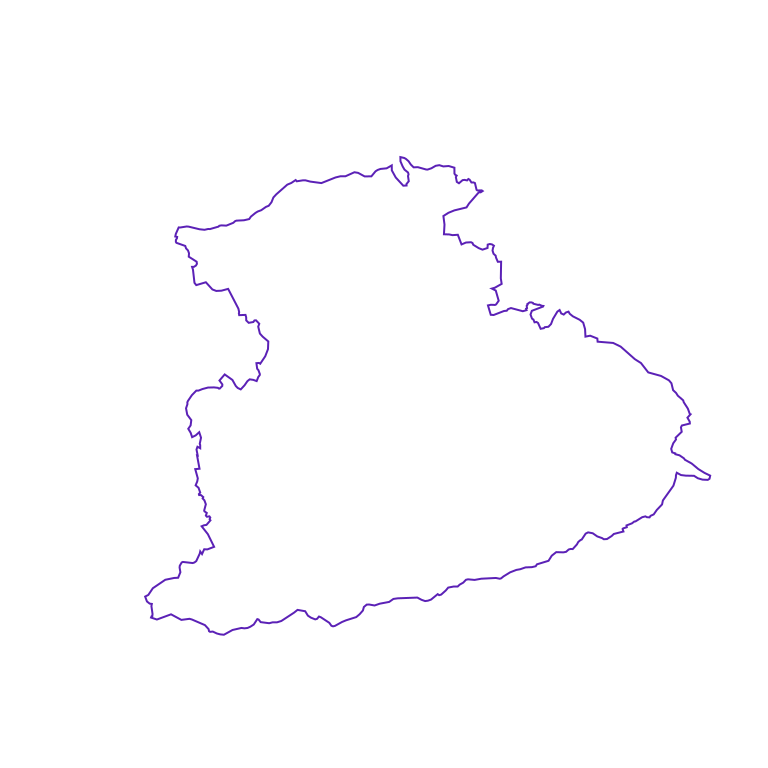 the district of Rebra, Bistrita-Nasaud, Romania, rotated 254°
{"feature_id": "2599482B64349342212864", "entity_name": "Rebra", "entity_type": "district", "adm_level": 2, "iso_a3": "ROU", "parent_name": "Romania", "parent_adm1": "Bistrita-Nasaud", "projection": "robinson", "projection_center": [24.525, 47.344], "detail": "fine", "context": "isolated", "style": "outline", "palette": "violet", "viewbox_px": 768, "rotation_deg": 254, "n_neighbors": 0, "source": "geoboundaries", "source_scale": "gbopen_adm2", "svg_char_len": 6145}
<svg xmlns="http://www.w3.org/2000/svg" viewBox="0 0 768 768"><g transform="rotate(254 384 384)"><path d="M583.3,224.0L582.4,225.7L581.1,225.1L579.9,223.7L578.0,223.1L576.9,223.4L571.5,231.0L568.9,231.1L566.4,232.4L563.4,232.6L560.2,231.4L553.2,237.6L551.1,237.3L549.7,235.9L549.0,233.5L549.5,231.8L546.6,231.9L533.5,229.7L530.8,230.8L530.9,240.8L522.2,245.1L519.7,248.4L518.5,253.5L518.4,260.4L496.6,264.8L492.9,264.6L492.1,264.0L490.1,263.8L488.6,269.9L486.1,269.9L483.1,269.1L480.1,270.8L479.6,275.5L480.8,277.0L480.5,278.5L476.3,280.7L473.8,278.9L466.7,278.6L463.0,280.4L456.8,284.5L449.5,282.1L443.4,277.5L437.6,270.6L438.7,269.7L439.2,267.1L433.6,266.3L431.9,267.1L427.7,267.4L426.8,267.0L425.4,265.1L421.9,262.4L424.0,259.5L425.5,256.2L424.4,253.5L421.2,249.6L418.3,244.8L420.5,242.3L422.9,241.0L429.7,239.4L437.1,233.5L432.7,226.8L428.2,228.5L426.7,228.0L424.9,224.8L425.2,223.9L426.1,223.3L427.6,219.6L429.1,213.8L429.2,208.1L428.8,203.9L429.4,201.8L426.2,196.2L421.7,190.8L420.6,189.9L418.8,189.5L415.2,187.0L408.7,186.4L402.4,188.8L397.5,186.7L394.9,183.5L390.4,184.7L385.8,184.9L386.5,188.8L388.6,193.1L382.8,193.3L377.3,190.4L376.0,190.5L372.9,189.6L375.1,187.4L372.7,185.7L366.6,185.2L366.9,184.6L353.4,183.3L354.2,179.1L344.6,179.0L341.8,177.6L338.5,175.0L335.4,177.1L330.3,177.4L329.2,175.7L328.2,175.7L327.7,177.4L325.1,179.1L324.0,178.1L321.7,179.3L317.5,179.6L312.0,176.3L311.1,176.3L308.9,178.1L306.6,176.5L305.2,177.2L304.9,179.7L303.5,180.2L302.1,179.1L300.8,179.6L297.5,174.5L297.8,172.0L297.5,169.5L288.2,173.3L274.3,175.8L273.7,168.6L274.7,165.6L270.7,162.2L273.7,161.2L271.7,160.1L265.5,154.7L264.7,152.6L264.6,150.8L268.4,141.6L268.2,140.3L265.6,137.6L263.9,136.9L259.2,136.4L254.5,132.7L255.4,128.8L256.1,119.8L251.4,105.5L246.2,99.3L245.5,95.8L240.3,96.2L237.5,98.2L236.6,100.2L234.6,99.2L226.7,98.1L224.7,97.3L224.8,96.6L223.7,95.7L220.2,100.8L221.3,115.8L213.1,124.2L211.9,132.3L210.6,134.4L201.6,145.4L196.8,147.8L194.6,147.7L193.7,148.5L193.2,151.2L190.3,154.5L188.5,157.5L187.1,161.0L189.3,170.6L188.8,179.7L187.6,182.5L187.1,185.6L187.5,188.5L188.7,192.5L192.9,197.4L192.2,198.5L189.1,199.8L185.7,207.7L185.6,211.2L184.4,215.4L184.5,220.0L189.0,234.5L190.7,238.6L187.3,245.6L182.3,247.0L179.5,249.4L176.7,253.0L176.7,254.9L178.4,257.4L177.2,259.0L169.5,265.6L166.1,266.8L165.1,268.2L165.0,270.2L166.8,278.0L167.3,282.4L167.6,293.1L169.4,297.1L172.1,301.3L175.2,303.2L176.7,306.6L176.1,309.0L173.7,313.9L174.0,319.3L173.1,328.9L174.8,333.8L174.2,338.1L169.5,357.2L166.2,360.6L164.0,363.7L163.6,366.5L163.8,369.8L167.2,377.7L165.8,378.8L165.8,380.9L168.5,386.5L170.6,389.6L170.1,395.3L169.0,399.0L170.3,401.5L171.2,405.4L173.2,408.8L173.1,410.9L170.7,417.1L170.0,423.9L166.7,438.1L164.9,441.6L164.9,443.0L166.1,445.8L168.2,453.3L168.8,460.0L168.4,463.9L168.7,469.5L167.2,475.6L167.0,479.6L168.5,481.3L168.7,493.4L172.7,497.9L174.9,503.2L172.7,510.1L172.5,512.8L174.0,515.9L174.0,517.9L173.3,519.9L176.6,525.2L178.6,527.2L179.8,529.8L180.0,531.2L184.6,536.6L185.1,539.3L183.0,543.5L178.7,547.0L175.8,551.1L174.2,552.5L173.5,555.6L175.1,560.9L176.5,563.6L176.2,573.5L178.9,573.4L179.3,574.1L179.4,577.9L181.2,578.1L181.7,583.9L182.8,586.7L182.6,587.9L184.8,595.5L184.7,598.8L183.5,600.0L182.6,602.5L183.8,603.9L184.3,607.3L187.8,611.6L191.6,618.1L195.2,620.0L206.5,634.2L213.4,638.7L215.8,639.5L218.0,641.0L214.6,644.4L212.7,648.9L210.3,656.7L206.9,659.7L204.3,663.8L202.6,668.8L203.2,670.8L206.0,672.3L210.2,667.6L215.6,662.7L222.8,657.8L228.2,652.4L229.9,651.8L234.0,648.4L236.2,644.7L237.0,644.9L238.8,642.2L242.5,642.2L243.6,643.0L247.3,645.7L250.2,649.4L252.0,649.5L256.0,657.0L260.5,657.5L262.0,658.9L261.7,667.1L263.5,667.5L268.0,666.4L270.4,670.3L270.9,669.7L276.6,669.3L283.9,667.1L285.8,667.1L291.8,663.2L294.9,662.3L298.4,660.2L305.5,660.5L309.0,658.9L315.4,652.5L322.3,641.2L333.3,636.8L338.7,632.0L354.7,621.8L360.3,615.6L365.8,601.0L368.9,601.6L373.6,595.5L374.0,590.7L381.3,592.4L388.1,592.4L391.8,589.8L397.0,584.2L400.3,581.9L402.7,581.3L402.6,578.6L401.2,575.9L403.0,573.8L406.7,573.2L405.8,570.6L400.0,564.4L395.6,561.1L393.7,557.8L394.3,554.2L393.6,553.1L393.9,549.8L400.2,548.9L401.6,547.7L401.8,545.7L404.8,545.4L406.0,544.3L410.4,544.0L413.6,546.3L414.6,558.3L415.1,558.7L415.6,557.4L417.5,555.1L417.5,554.0L420.0,549.7L420.9,549.5L421.8,548.2L422.3,546.4L421.3,543.8L420.7,543.9L419.8,542.7L417.5,542.4L417.2,541.3L415.7,541.4L415.7,537.5L422.0,527.0L421.8,523.9L420.6,522.2L421.1,519.5L420.1,508.4L421.1,505.7L430.9,505.6L430.7,508.6L429.4,512.5L429.6,513.7L432.4,517.2L443.0,517.2L446.0,514.0L446.0,517.1L447.8,524.7L453.3,525.4L469.3,530.3L470.1,527.1L474.7,526.5L476.6,526.7L479.0,525.2L482.3,525.1L484.8,526.3L486.6,527.8L488.4,526.3L489.4,524.3L489.4,522.1L486.2,521.0L486.0,515.7L488.5,512.5L493.2,508.2L495.2,507.9L496.3,506.7L497.4,501.8L496.8,497.0L507.1,496.1L508.2,490.9L509.8,487.9L511.4,482.9L520.6,486.1L529.1,487.4L530.8,493.1L531.5,499.5L531.0,512.0L534.0,515.4L541.7,527.3L542.1,528.8L541.6,529.7L542.3,532.0L543.2,531.3L544.3,527.1L545.2,526.5L552.1,526.8L553.1,525.6L553.6,523.6L556.8,522.6L557.8,521.6L556.8,520.0L558.0,517.7L558.3,515.7L556.3,511.4L558.2,509.7L563.1,510.1L564.3,511.3L565.4,510.2L566.8,509.7L572.5,511.3L575.7,506.3L576.8,501.0L579.1,497.5L579.5,493.8L578.3,489.0L578.1,485.0L578.6,483.6L583.1,476.3L584.1,472.2L587.5,470.3L591.4,469.0L594.2,467.2L595.6,465.9L597.6,462.3L593.5,461.2L588.0,461.9L584.4,462.8L580.7,465.4L578.8,465.4L577.3,464.4L572.1,463.7L570.0,460.7L568.6,460.4L569.3,457.2L579.3,452.2L587.2,450.4L592.0,451.7L590.6,446.0L591.7,439.9L591.5,436.9L590.8,434.5L587.1,429.1L588.9,422.6L594.1,417.3L595.7,413.9L594.3,404.2L595.7,399.4L595.9,394.3L594.4,379.2L598.9,368.9L601.5,364.5L602.1,362.4L602.9,356.0L604.4,355.3L602.8,350.3L602.3,346.0L596.0,332.7L593.8,329.1L589.7,325.9L587.1,322.3L586.8,319.4L584.9,313.9L584.6,310.1L583.9,307.6L581.6,302.2L579.7,299.9L580.0,294.5L581.7,287.2L581.6,285.8L580.5,283.6L579.7,276.1L581.3,271.4L581.5,269.3L580.9,268.3L580.9,259.5L581.5,257.5L581.7,254.0L583.6,249.3L589.1,239.6L589.8,237.8L590.6,231.3L591.1,229.8L585.7,225.3L583.3,224.0Z" fill="none" stroke="#5b21b6" stroke-width="2"/></g></svg>